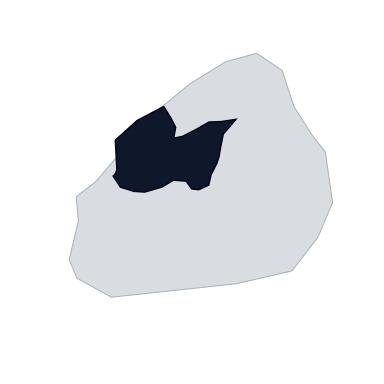 Escaldes-Engordany on a map of Andorra (Robinson projection), rotated 159°
{"feature_id": "AND-4881", "entity_name": "Escaldes-Engordany", "entity_type": "state/province", "adm_level": 1, "iso_a3": "AND", "parent_name": "Andorra", "parent_adm1": "", "projection": "robinson", "projection_center": [1.58, 42.496], "detail": "fine", "context": "in_parent", "style": "filled", "palette": "ink", "viewbox_px": 384, "rotation_deg": 159, "n_neighbors": 0, "source": "natural_earth", "source_scale": "10m", "svg_char_len": 812}
<svg xmlns="http://www.w3.org/2000/svg" viewBox="0 0 384 384"><g transform="rotate(159 192 192)"><path d="M301.8,229.1L278.3,236.1L199.6,278.9L154.9,293.9L114.0,301.5L82.0,298.4L64.3,273.3L66.2,234.9L59.1,200.2L53.1,181.7L64.6,131.7L90.7,104.6L127.0,82.5L184.0,90.6L305.0,122.7L330.3,152.7L330.9,172.9L308.5,205.6L301.8,229.1Z" fill="#d9dde1" stroke="#a8b0b8" stroke-width="1"/><path d="M259.9,235.1L257.3,236.3L254.2,239.5L245.0,267.9L217.6,278.4L187.8,282.0L185.3,269.2L184.1,258.2L189.8,248.8L180.9,247.3L166.9,248.8L151.0,251.2L139.6,247.3L125.0,244.1L132.0,240.2L142.1,234.8L149.1,223.8L154.2,215.2L158.7,209.7L168.2,201.1L173.9,192.5L184.7,191.7L191.1,194.9L193.6,204.2L205.0,209.7L218.4,207.4L236.2,208.9L246.3,213.6L257.1,222.2L259.9,235.1Z" fill="#0f172a" stroke="#020617" stroke-width="1.5"/></g></svg>